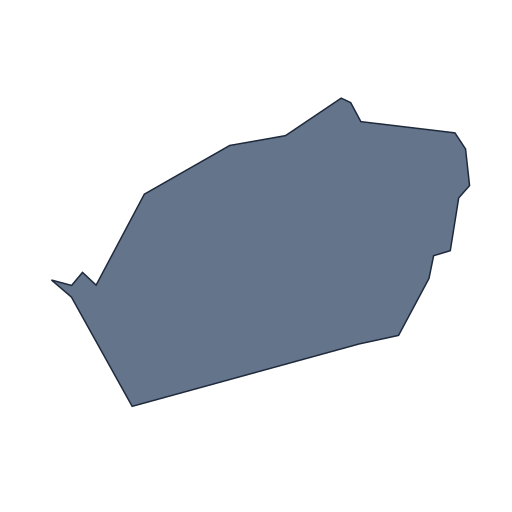 Montgomery, Kentucky, United States of America, rotated 281°
{"feature_id": "52423323B47164962454454", "entity_name": "Montgomery", "entity_type": "district", "adm_level": 2, "iso_a3": "USA", "parent_name": "United States of America", "parent_adm1": "Kentucky", "projection": "albers", "projection_center": [-83.879, 38.046], "detail": "fine", "context": "isolated", "style": "filled", "palette": "slate", "viewbox_px": 512, "rotation_deg": 281, "n_neighbors": 0, "source": "geoboundaries", "source_scale": "gbopen_adm2", "svg_char_len": 430}
<svg xmlns="http://www.w3.org/2000/svg" viewBox="0 0 512 512"><g transform="rotate(281 256 256)"><path d="M424.6,319.7L427.2,309.5L379.8,262.0L359.5,209.1L295.4,134.6L196.9,104.6L206.8,88.8L191.9,80.6L193.4,59.8L180.4,82.7L84.8,163.1L189.3,373.9L205.3,411.1L267.0,430.1L290.2,430.3L298.3,445.7L351.7,443.9L365.9,452.2L401.0,441.3L414.8,427.8L407.9,333.3L424.6,319.7Z" fill="#64748b" stroke="#1e293b" stroke-width="1.5"/></g></svg>